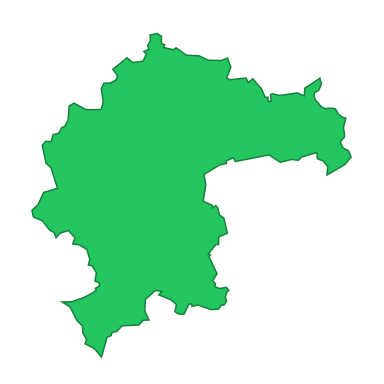 Kumanovo, Staro Nagoričane, North Macedonia (Equal Earth projection), rotated 87°
{"feature_id": "65306769B55307449205038", "entity_name": "Kumanovo", "entity_type": "district", "adm_level": 2, "iso_a3": "MKD", "parent_name": "North Macedonia", "parent_adm1": "Staro Nagoričane", "projection": "equal_earth", "projection_center": [21.797, 42.114], "detail": "fine", "context": "isolated", "style": "filled", "palette": "green", "viewbox_px": 384, "rotation_deg": 87, "n_neighbors": 0, "source": "geoboundaries", "source_scale": "gbopen_adm2", "svg_char_len": 2495}
<svg xmlns="http://www.w3.org/2000/svg" viewBox="0 0 384 384"><g transform="rotate(87 192 192)"><path d="M352.1,291.0L332.7,284.4L331.2,280.3L328.0,279.3L327.4,274.6L322.0,268.8L322.0,252.0L317.5,247.5L317.6,241.8L308.0,245.4L296.8,244.1L288.3,233.4L289.8,227.3L292.9,230.7L298.5,218.8L303.6,213.5L310.6,215.3L313.0,212.2L313.7,206.4L303.9,200.9L303.7,198.1L306.3,198.1L305.2,191.7L310.5,179.1L310.3,171.5L306.3,168.5L306.6,166.0L302.6,163.1L299.2,164.3L293.9,162.6L292.3,160.4L289.0,162.6L289.8,169.3L287.8,174.1L284.7,173.4L281.6,176.0L275.0,171.3L257.6,178.3L255.8,176.9L255.0,179.1L245.7,171.0L245.8,168.2L238.3,167.7L234.9,158.8L219.5,161.6L216.6,165.7L209.5,167.0L206.8,169.0L208.9,172.4L206.3,172.6L201.8,181.3L185.4,177.8L175.1,179.1L166.4,162.9L165.3,156.2L162.8,156.2L160.0,149.1L163.8,147.1L159.0,113.2L166.9,102.3L164.7,90.8L165.9,84.2L162.8,80.6L159.1,65.2L165.4,65.0L167.7,59.7L173.5,55.1L182.1,56.3L172.5,37.8L165.4,31.2L163.8,32.1L161.7,32.3L159.0,33.8L158.1,35.1L156.7,37.7L155.7,38.9L153.5,39.9L150.4,41.2L149.2,40.8L147.9,39.7L146.4,38.5L145.9,37.5L145.0,36.9L144.0,36.7L140.5,36.8L139.9,36.9L135.8,37.4L130.2,35.7L126.3,34.7L125.1,37.9L122.1,41.6L116.5,44.4L115.8,46.5L115.5,51.3L115.7,55.1L114.1,57.5L113.0,58.8L111.9,59.7L105.9,64.3L102.7,65.0L99.2,64.6L97.3,60.3L95.1,59.1L91.0,57.2L89.0,57.0L88.1,57.9L85.1,58.3L94.2,73.8L101.8,74.9L98.6,81.6L100.2,99.5L98.1,106.3L98.8,108.5L105.6,108.0L105.4,111.3L101.3,111.2L101.3,114.0L92.7,117.1L82.1,125.4L85.8,130.0L81.0,132.0L81.9,148.2L79.9,151.4L69.4,146.7L60.1,149.6L62.2,155.7L61.2,169.0L56.3,178.0L55.1,190.4L47.2,200.3L48.9,203.3L46.2,212.7L43.5,211.6L42.4,214.7L34.9,214.4L31.9,218.3L33.0,225.7L38.3,225.5L43.4,228.6L47.2,227.5L49.2,232.7L51.9,230.2L58.8,234.2L59.6,244.3L54.6,249.9L65.3,264.6L72.0,260.3L75.9,261.7L78.8,267.6L78.8,274.4L84.2,277.2L97.3,275.9L104.9,278.4L104.3,293.4L97.0,305.2L99.8,310.2L113.3,311.9L119.8,315.7L121.1,318.9L126.6,322.2L127.4,327.7L134.4,330.0L133.7,335.4L137.5,339.1L155.7,336.2L160.5,331.5L181.3,326.1L184.6,340.2L196.7,346.4L201.9,352.8L208.7,351.7L212.9,343.0L222.9,336.0L225.1,331.9L230.5,330.1L226.3,326.1L224.0,317.5L231.5,311.2L237.7,313.8L239.0,307.0L244.0,300.0L253.9,297.6L259.5,299.3L260.4,295.7L267.7,291.7L275.9,293.6L277.7,289.5L280.8,289.1L283.1,293.6L285.0,292.7L286.6,294.9L291.4,304.6L295.3,317.6L295.0,327.5L300.5,319.7L314.3,313.7L320.2,308.3L326.6,308.5L334.0,305.0L338.0,306.7L343.4,297.6L352.1,291.0Z" fill="#22c55e" stroke="#15803d" stroke-width="1.5"/></g></svg>